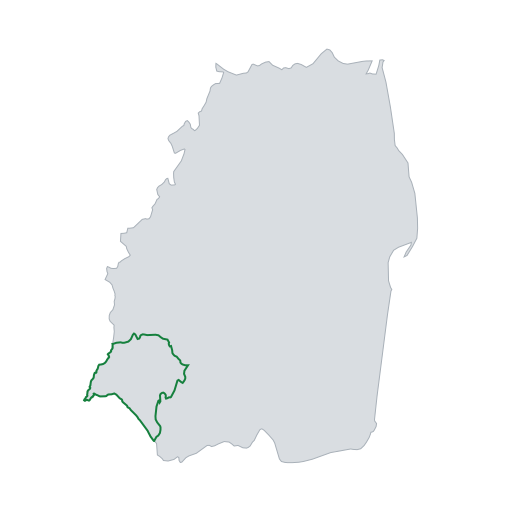 Subcarpathian highlighted on a map of Poland, rotated 95°
{"feature_id": "POL-3152", "entity_name": "Subcarpathian", "entity_type": "Voivodeship", "adm_level": 1, "iso_a3": "POL", "parent_name": "Poland", "parent_adm1": "", "projection": "robinson", "projection_center": [22.333, 49.912], "detail": "fine", "context": "in_parent", "style": "outline", "palette": "green", "viewbox_px": 512, "rotation_deg": 95, "n_neighbors": 0, "source": "natural_earth", "source_scale": "10m", "svg_char_len": 6279}
<svg xmlns="http://www.w3.org/2000/svg" viewBox="0 0 512 512"><g transform="rotate(95 256 256)"><path d="M446.4,277.0L448.7,280.7L449.7,283.7L448.7,285.9L449.0,288.2L457.7,298.2L461.0,305.4L463.0,308.2L467.8,311.9L468.3,313.4L466.4,314.8L463.6,315.3L462.8,316.6L465.8,320.0L467.9,325.7L467.8,330.4L466.2,331.6L464.1,334.4L462.8,336.9L451.5,338.7L448.8,341.4L442.7,346.7L438.4,349.7L432.2,355.2L422.4,364.7L408.1,380.9L405.6,384.6L406.1,387.6L408.7,394.8L409.3,398.1L408.8,401.0L408.0,403.7L408.1,404.9L414.3,409.9L414.5,410.9L414.0,412.2L412.7,413.2L407.9,412.1L402.6,410.1L400.8,410.3L398.0,409.9L386.2,405.9L378.2,402.8L377.4,400.8L375.9,397.8L372.6,395.4L364.8,393.3L361.7,391.6L349.1,390.7L343.6,390.6L339.7,391.3L337.3,391.3L333.8,395.6L331.5,396.8L328.0,397.0L325.0,396.2L322.0,393.9L317.1,392.7L313.5,393.3L310.9,392.8L308.7,392.7L307.9,393.1L306.1,393.1L303.4,394.2L300.5,395.7L297.3,396.9L294.9,399.4L292.6,404.3L286.5,402.1L284.4,403.1L281.5,403.7L279.5,403.1L280.0,401.4L280.9,399.4L280.9,396.8L280.4,393.8L278.5,392.8L275.6,392.5L274.2,391.9L274.0,390.9L272.6,389.7L270.1,386.5L267.7,382.5L266.1,381.3L263.7,383.2L260.0,385.4L257.7,386.1L253.2,392.3L245.3,392.5L244.9,389.6L244.1,386.8L239.5,386.1L239.4,384.5L238.5,380.5L229.4,372.5L228.4,369.2L228.8,367.9L228.2,365.8L226.2,364.5L218.9,363.0L217.0,363.9L215.4,363.0L212.8,361.1L208.2,359.5L207.7,358.7L206.1,357.4L205.2,357.2L204.6,358.0L203.2,359.2L198.4,360.7L196.6,360.1L194.9,358.8L193.0,356.1L190.2,353.7L187.9,352.8L186.6,351.6L186.3,350.6L191.6,348.7L192.8,346.6L192.2,343.0L191.5,342.5L189.4,343.8L185.0,344.8L181.0,345.3L179.0,345.3L167.8,338.7L160.4,336.6L156.1,336.0L155.6,336.7L157.4,340.5L160.7,345.1L160.5,346.3L154.0,349.0L151.2,350.6L148.8,352.9L146.8,353.9L145.1,353.6L143.3,352.5L138.8,345.7L133.0,340.5L132.4,339.3L130.5,339.0L128.0,337.8L127.1,336.2L128.5,334.5L130.4,333.0L133.6,332.1L134.6,331.2L135.2,329.8L136.5,328.1L136.2,327.5L134.0,325.5L130.7,323.7L121.3,325.0L118.7,326.0L117.3,324.8L116.3,322.9L114.0,322.5L110.8,320.8L107.1,319.1L103.4,318.6L95.7,316.2L92.7,316.0L91.0,315.2L89.3,313.4L87.8,311.4L87.2,307.3L81.6,305.4L76.0,304.2L75.5,304.8L75.6,309.0L75.2,311.2L71.4,312.5L67.6,312.7L67.9,312.0L72.7,304.6L74.9,299.9L77.5,291.3L75.1,284.6L74.5,281.5L73.3,280.0L65.6,276.7L65.1,275.5L66.5,271.1L66.0,269.2L64.2,267.2L62.0,263.3L61.2,260.0L64.5,256.1L66.9,249.2L68.2,246.5L66.3,244.9L65.8,242.8L66.5,239.7L65.6,237.4L62.9,235.9L61.2,233.9L60.5,231.4L61.3,227.6L63.7,222.3L59.5,216.0L48.8,208.6L43.7,203.4L44.3,200.4L46.8,197.8L51.1,195.3L54.5,191.1L56.6,186.0L56.9,181.5L52.8,166.7L52.1,163.0L51.5,157.3L61.0,160.4L65.0,162.2L64.6,160.2L63.8,158.5L64.5,156.0L64.4,152.2L55.7,150.3L50.0,149.7L49.5,147.1L50.1,145.4L51.7,146.4L57.3,146.8L71.5,141.7L95.9,135.1L121.8,128.9L127.8,128.3L133.9,127.0L136.2,124.7L138.5,123.1L142.1,119.0L150.1,112.7L163.8,110.4L169.0,107.4L179.8,103.2L204.2,98.5L214.4,97.4L224.3,97.3L233.1,101.0L242.3,105.6L244.0,108.4L238.9,106.7L231.6,102.6L228.9,102.4L234.9,114.9L238.3,119.4L245.2,122.7L251.1,123.8L269.2,121.8L275.6,119.2L277.5,117.8L279.2,118.5L302.8,119.9L385.0,123.2L408.6,123.7L410.0,123.4L412.4,121.3L415.4,121.5L418.9,122.9L420.5,123.8L421.2,124.9L421.6,126.2L423.5,126.5L427.0,127.5L431.7,129.7L435.4,131.8L438.9,134.9L440.1,138.4L440.2,142.4L440.0,144.9L445.3,164.4L453.5,182.1L456.5,190.7L457.7,195.3L458.7,201.9L459.1,206.6L459.1,209.2L458.5,212.8L456.1,215.0L440.6,221.1L437.7,223.0L433.2,227.7L429.0,232.6L428.0,234.3L427.7,235.4L428.7,237.0L434.3,239.6L439.9,241.7L441.7,243.3L445.8,245.3L447.4,247.1L448.2,248.7L448.2,252.4L446.3,257.4L447.2,261.2L445.3,263.8L443.7,266.6L443.6,271.5L446.4,277.0Z" fill="#d9dde1" stroke="#a8b0b8" stroke-width="1"/><path d="M362.8,392.2L362.5,392.1L362.1,391.9L361.2,391.2L360.8,391.0L360.0,390.8L356.9,391.1L356.2,391.3L356.2,391.1L354.6,387.5L353.8,383.4L354.1,381.5L353.9,379.6L352.4,375.7L349.8,373.4L345.2,371.8L343.9,370.8L344.7,369.4L349.0,366.7L348.4,365.1L346.8,364.4L345.6,364.3L344.6,363.4L344.3,362.6L343.9,362.0L344.0,359.9L344.3,357.5L343.2,349.3L343.5,346.2L345.1,344.0L346.5,341.5L347.0,336.9L349.8,335.0L350.6,335.3L351.7,335.1L352.8,334.6L353.6,333.9L353.2,333.0L353.1,332.8L357.2,331.3L360.0,330.8L360.8,330.2L362.1,328.9L362.6,328.1L362.9,327.1L363.2,326.2L365.2,324.3L366.5,322.6L367.2,322.2L368.4,322.1L369.1,321.7L369.8,320.9L370.3,320.0L370.6,319.1L371.0,317.0L370.9,315.0L370.8,314.2L376.5,317.3L379.7,317.4L382.6,315.9L384.3,315.8L385.9,316.3L387.4,317.1L388.8,318.0L388.2,319.4L386.2,322.3L387.0,323.4L397.1,325.5L403.9,328.4L404.3,328.9L404.3,329.6L404.4,330.4L405.4,331.9L405.9,333.2L404.7,333.8L403.4,333.6L402.0,334.0L400.9,335.1L400.2,336.3L400.5,337.6L401.7,339.0L403.2,339.5L409.2,338.6L410.4,339.2L409.7,339.5L408.2,339.8L408.7,340.6L414.6,342.0L424.3,342.2L427.6,341.7L430.4,339.9L433.9,336.6L435.0,336.2L437.5,336.0L440.7,336.3L443.4,337.7L444.8,339.4L449.2,341.4L449.2,341.5L448.6,342.2L445.2,345.2L444.0,346.0L443.9,346.0L441.6,347.5L439.6,348.7L429.8,357.3L428.5,358.9L426.9,359.9L425.2,361.5L420.5,367.2L418.7,368.7L418.5,369.2L418.1,370.3L417.9,370.7L417.5,371.0L416.8,371.2L416.4,371.4L416.0,371.9L413.3,375.8L412.6,376.5L412.1,376.6L411.2,376.8L410.7,377.1L410.4,377.6L409.6,379.4L406.3,383.0L405.3,385.2L406.1,387.1L406.4,387.9L406.7,390.3L406.8,390.9L406.9,391.2L407.5,392.0L408.5,392.8L408.7,393.2L408.9,394.1L409.5,399.1L409.3,399.9L408.6,401.6L408.0,403.6L407.3,404.8L407.1,405.4L407.3,405.7L407.5,405.6L408.1,405.0L408.8,405.4L408.7,405.4L408.6,405.5L410.0,406.3L411.3,407.7L412.1,408.2L414.0,409.1L414.6,409.7L414.6,410.1L414.2,411.2L414.1,412.0L414.3,412.5L415.0,413.5L415.2,413.8L414.7,414.7L413.8,414.4L412.8,413.6L412.0,413.3L411.5,413.2L410.7,412.2L410.3,411.9L409.8,411.8L408.8,412.1L407.3,412.0L406.3,412.1L405.4,412.0L404.3,411.4L402.7,409.8L401.8,409.6L400.9,410.4L399.4,409.7L395.9,409.6L394.3,409.2L392.1,407.4L391.2,407.1L388.8,407.1L386.7,406.6L386.4,406.4L386.3,406.0L386.4,405.7L386.4,405.3L386.0,404.9L385.6,404.8L384.6,404.9L384.1,404.9L383.6,404.7L382.2,403.9L379.1,403.4L377.9,402.7L377.6,400.9L377.0,399.0L375.8,397.3L374.2,396.1L371.9,395.1L370.3,393.9L369.5,393.5L368.6,393.7L367.9,394.2L367.2,394.8L366.8,395.1L366.1,394.6L364.7,392.8L363.9,392.1L363.5,392.0L362.8,392.2Z" fill="none" stroke="#15803d" stroke-width="2"/></g></svg>